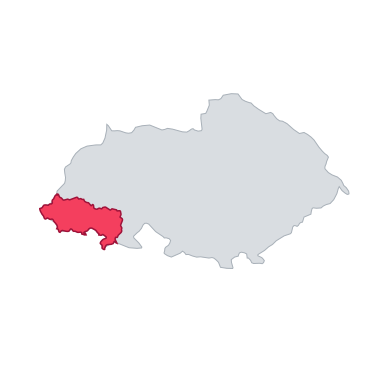 Moravskoslezský on a map of Czechia (orthographic projection), rotated 165°
{"feature_id": "CZE-1612", "entity_name": "Moravskoslezský", "entity_type": "Region", "adm_level": 1, "iso_a3": "CZE", "parent_name": "Czechia", "parent_adm1": "", "projection": "orthographic", "projection_center": [17.887, 49.846], "detail": "fine", "context": "in_parent", "style": "filled", "palette": "rose", "viewbox_px": 384, "rotation_deg": 165, "n_neighbors": 0, "source": "natural_earth", "source_scale": "10m", "svg_char_len": 6130}
<svg xmlns="http://www.w3.org/2000/svg" viewBox="0 0 384 384"><g transform="rotate(165 192 192)"><path d="M343.3,215.3L342.1,215.5L339.5,216.6L336.2,217.0L332.6,216.8L329.8,218.7L327.1,221.8L324.4,223.9L322.9,225.8L322.1,227.8L312.8,233.4L311.5,235.7L310.4,238.8L310.0,243.1L309.4,246.9L307.7,248.9L302.7,250.6L301.4,251.5L300.5,253.5L297.6,256.5L294.3,259.3L288.1,262.5L281.5,263.5L272.9,262.4L267.9,261.1L265.5,262.4L262.1,266.6L258.4,273.9L256.8,279.4L255.7,277.8L253.7,271.9L251.4,271.2L248.2,270.6L245.8,269.7L240.7,266.3L238.1,265.2L235.0,264.9L232.1,266.8L229.8,269.1L223.0,268.9L215.5,267.6L205.0,259.7L202.2,259.5L199.2,259.8L194.6,257.8L185.7,252.6L181.5,251.2L178.8,251.9L176.3,252.9L174.6,252.9L173.6,251.3L170.3,249.2L167.0,248.8L166.0,250.0L164.4,260.9L163.1,264.8L158.4,264.4L156.7,266.2L152.8,271.4L151.9,276.4L145.6,275.2L142.6,274.2L139.9,274.7L136.8,277.4L128.6,276.8L122.2,274.8L119.7,268.4L116.8,265.7L113.2,263.3L111.9,262.7L110.0,259.2L106.3,254.7L100.4,248.5L95.4,248.5L93.7,246.8L93.0,244.7L91.2,240.8L89.0,238.1L86.3,237.0L82.5,233.4L77.6,226.0L73.1,220.7L68.4,220.5L65.5,217.7L62.7,214.1L60.7,210.7L57.8,202.5L55.6,197.8L53.9,194.8L51.9,192.3L51.2,190.4L54.2,186.4L55.3,184.3L56.6,182.8L57.4,181.1L57.5,179.9L55.3,175.5L52.2,172.2L47.6,168.8L44.8,164.7L44.0,161.1L43.8,159.1L41.9,156.3L40.5,152.3L40.7,150.0L41.1,149.4L42.7,149.5L44.4,151.3L46.7,154.5L48.4,159.1L49.8,157.5L52.5,152.9L57.1,147.9L61.6,145.1L65.5,145.1L68.7,144.5L71.5,143.2L76.0,144.1L79.2,145.4L80.4,144.8L81.9,142.1L82.9,139.8L90.3,138.8L93.1,134.3L94.6,134.4L96.2,133.9L97.9,132.2L99.4,131.6L100.5,132.5L102.1,133.2L103.7,132.2L106.5,127.0L107.8,126.2L114.3,125.8L123.2,123.1L127.8,120.5L132.2,119.2L137.0,116.8L144.5,114.5L144.9,113.4L141.6,110.6L140.6,108.8L139.9,107.0L141.2,105.2L142.8,104.6L144.9,105.6L151.0,107.0L152.6,108.2L153.1,110.9L154.6,113.6L155.8,113.9L155.2,118.0L157.1,119.7L159.9,121.1L161.9,120.9L163.3,119.3L163.9,118.1L167.7,118.1L171.6,116.5L172.1,113.7L172.0,108.3L172.5,107.6L178.2,109.3L184.0,111.9L184.6,117.2L186.1,119.9L187.9,122.4L189.6,123.5L192.7,123.8L200.6,127.2L204.4,127.9L208.3,130.2L211.5,132.6L214.0,133.1L215.0,135.6L216.5,137.3L219.1,136.0L228.8,134.5L232.2,136.9L234.5,139.5L234.8,140.3L233.5,142.6L232.9,144.3L231.9,145.4L228.5,146.6L226.6,148.5L225.2,150.7L226.1,152.8L228.8,154.4L230.7,154.8L231.4,156.3L237.4,163.2L242.1,172.2L244.0,173.6L245.8,174.0L247.9,172.7L250.3,169.9L253.2,167.8L255.6,166.8L259.9,164.4L260.1,162.8L256.6,156.7L254.7,151.8L255.2,151.0L259.7,151.8L267.3,154.5L279.0,163.3L281.1,163.3L285.3,162.7L289.8,161.3L291.9,159.7L292.7,160.3L293.4,165.0L292.2,167.7L286.8,170.2L287.1,171.4L288.5,173.1L290.9,174.2L293.9,177.3L295.9,180.8L297.7,182.4L299.7,183.2L304.6,181.3L306.0,179.8L306.6,178.8L307.5,179.0L309.3,180.7L309.8,181.7L314.6,183.7L317.3,186.1L319.1,187.2L321.1,186.1L328.7,188.0L330.8,189.6L331.5,192.3L331.1,193.9L332.3,198.1L342.1,208.1L343.1,213.3L343.3,215.3Z" fill="#d9dde1" stroke="#a8b0b8" stroke-width="1"/><path d="M291.4,159.1L292.2,159.4L292.4,159.6L293.3,160.8L293.4,161.1L293.4,161.3L293.2,161.5L292.8,162.9L292.7,163.5L292.8,164.2L293.2,164.7L293.9,166.0L293.5,167.0L292.6,167.8L290.7,169.0L289.5,169.4L287.3,169.5L286.8,169.8L286.5,170.5L286.6,171.0L288.8,173.8L289.5,174.1L289.9,174.0L290.3,173.8L290.8,173.7L291.4,173.8L292.6,174.4L293.2,174.6L293.2,174.8L292.8,175.2L292.7,175.6L292.8,176.0L293.2,176.4L293.7,177.0L294.0,177.8L294.3,178.6L294.6,179.5L295.1,180.2L298.1,183.1L299.7,183.5L301.3,183.0L302.7,181.8L303.5,181.5L305.3,181.5L306.8,181.0L307.0,180.7L306.9,180.0L306.6,179.6L306.2,179.5L305.8,179.7L305.6,179.6L305.4,178.0L306.2,178.2L306.8,178.3L309.4,180.0L309.1,181.3L309.7,182.0L312.6,182.5L313.3,182.9L314.7,184.1L315.3,184.4L316.3,184.6L316.9,185.0L317.1,185.4L317.4,186.5L317.6,186.9L318.5,187.7L319.2,187.5L320.4,186.4L320.3,186.2L320.2,186.2L322.0,186.0L323.7,186.6L327.1,188.4L328.2,188.4L329.9,187.2L330.6,187.6L330.9,188.9L330.8,190.0L331.0,190.8L332.2,191.5L331.0,192.9L331.0,194.8L331.8,196.9L332.9,199.1L333.4,201.2L333.7,201.7L334.3,202.1L335.7,202.2L336.3,202.4L336.9,202.9L337.8,203.9L338.4,204.3L339.1,204.2L339.8,203.9L340.5,203.8L341.2,204.3L341.4,204.8L341.7,207.2L341.9,207.9L342.5,209.1L342.7,209.8L343.4,212.7L343.5,214.2L343.3,215.4L341.5,215.4L340.6,215.8L338.8,217.5L337.5,217.6L336.2,217.2L334.7,216.5L334.4,216.4L334.0,216.5L332.7,217.2L330.7,216.9L329.8,217.5L329.6,218.1L329.5,219.4L329.2,220.0L328.9,220.4L327.4,221.2L325.4,223.6L324.4,224.3L323.1,224.0L323.1,224.9L322.6,224.9L322.3,224.8L322.0,224.6L321.8,224.3L321.6,223.8L321.3,221.8L321.1,221.4L320.9,221.0L320.6,220.7L319.9,220.2L319.6,219.8L318.6,217.8L318.4,217.5L317.6,217.3L314.1,217.3L313.8,217.2L312.4,216.2L312.0,216.1L304.9,216.8L304.5,216.7L304.2,216.5L303.9,216.3L303.8,215.9L303.6,215.1L303.4,214.8L303.3,214.6L303.1,214.5L301.1,214.4L300.4,213.6L299.8,213.2L298.5,212.9L298.4,212.0L298.2,211.2L298.1,210.8L297.6,210.2L296.4,209.1L294.9,208.5L294.6,208.1L293.2,205.2L293.0,204.9L292.7,204.9L292.5,205.0L291.6,205.5L291.3,205.6L291.0,205.5L290.8,205.2L290.6,204.8L290.6,204.4L290.9,202.1L290.8,201.7L290.6,201.4L289.5,200.5L288.2,199.9L286.6,200.4L285.4,200.3L283.8,199.2L283.5,199.2L283.3,199.3L282.2,200.1L279.9,200.0L279.2,199.6L275.8,195.8L275.5,195.7L275.1,195.8L273.9,196.4L273.5,196.4L269.7,194.4L269.5,194.2L269.4,194.0L269.3,193.3L269.2,193.1L267.0,192.7L266.4,192.4L266.2,192.2L266.1,191.9L266.1,191.6L266.3,189.1L266.4,188.7L266.6,188.3L267.9,186.6L268.0,186.4L267.9,186.2L266.6,184.7L266.4,184.4L266.3,184.0L266.3,183.6L266.3,183.2L266.5,182.8L266.6,182.5L269.4,178.7L269.5,178.4L269.6,178.1L269.6,177.8L269.1,175.7L269.1,175.4L269.2,175.1L269.7,174.4L269.8,174.0L269.9,172.9L270.0,172.4L270.3,172.0L270.9,171.3L274.5,169.3L275.6,167.8L275.8,167.6L276.1,167.5L276.3,167.5L277.0,167.9L277.3,168.0L277.6,167.8L277.9,167.6L278.1,167.2L278.3,166.9L278.4,166.5L278.5,166.2L277.8,162.0L278.8,162.8L279.2,164.1L279.4,164.3L279.7,164.4L279.9,164.3L280.1,164.2L281.5,162.6L283.6,162.4L287.6,163.1L288.6,162.8L289.4,162.2L290.8,160.4L291.0,159.8L291.1,159.3L291.4,159.1Z" fill="#f43f5e" stroke="#9f1239" stroke-width="1.5"/></g></svg>